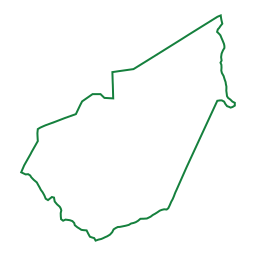 outline of Ribeira do Amparo, Bahia, Brazil
{"feature_id": "56859067B91652113509777", "entity_name": "Ribeira do Amparo", "entity_type": "district", "adm_level": 2, "iso_a3": "BRA", "parent_name": "Brazil", "parent_adm1": "Bahia", "projection": "robinson", "projection_center": [-38.374, -10.959], "detail": "fine", "context": "isolated", "style": "outline", "palette": "green", "viewbox_px": 256, "rotation_deg": 0, "n_neighbors": 0, "source": "geoboundaries", "source_scale": "gbopen_adm2", "svg_char_len": 1913}
<svg xmlns="http://www.w3.org/2000/svg" viewBox="0 0 256 256"><path d="M220.7,15.4L217.4,16.8L188.8,34.6L186.6,36.0L182.5,38.6L179.3,40.6L151.1,58.2L133.5,69.1L120.0,71.0L112.4,72.1L112.7,82.2L112.8,84.3L113.2,98.4L104.4,97.9L100.5,94.1L92.6,94.1L82.1,101.4L80.2,105.1L75.9,114.1L64.7,118.1L55.1,121.8L45.5,125.3L43.4,126.2L40.3,127.6L37.8,129.1L37.4,133.2L37.5,135.8L37.8,141.1L31.5,152.2L30.6,154.0L24.2,165.3L21.2,172.3L23.7,173.5L25.6,174.4L28.2,174.2L30.2,175.5L31.3,177.3L33.7,179.8L36.8,182.4L38.1,184.8L39.8,187.8L40.8,189.8L42.7,192.4L44.4,195.5L45.7,198.7L48.0,200.1L51.9,197.0L54.0,197.6L54.7,201.5L57.0,204.3L59.7,206.7L60.7,208.4L61.3,210.4L60.7,213.1L60.8,216.4L61.1,219.2L63.1,220.7L65.5,219.6L67.7,219.9L69.8,220.2L72.4,221.1L74.2,223.0L74.8,225.2L77.4,227.3L79.7,228.7L81.3,229.8L83.1,230.1L86.6,230.4L88.2,233.6L89.9,236.7L91.8,237.4L94.2,238.1L95.6,240.6L98.5,239.6L101.2,239.0L103.1,238.2L104.9,237.3L107.2,236.3L110.0,234.6L112.2,232.2L113.6,229.4L115.6,228.1L117.8,227.0L119.9,226.9L122.9,226.3L125.8,225.7L128.8,224.9L131.1,223.5L133.4,223.0L135.7,222.2L137.9,220.9L140.4,218.8L143.8,218.7L146.9,218.5L150.6,216.7L152.8,215.0L155.0,213.8L157.4,212.3L159.7,210.7L161.7,209.9L164.1,209.3L166.7,209.5L168.3,208.2L169.8,205.1L171.2,201.8L172.6,199.3L173.9,196.3L174.7,194.1L175.5,192.1L176.4,190.2L186.5,167.4L217.3,100.8L220.0,100.4L221.8,100.4L224.1,101.6L225.4,104.0L227.1,106.2L228.9,106.8L230.6,107.6L232.5,107.0L234.8,105.6L234.8,102.8L232.4,101.6L230.4,99.6L228.0,97.8L227.0,96.1L226.7,93.6L226.3,90.7L226.4,88.6L226.4,86.4L225.9,84.3L225.6,82.1L224.7,79.6L223.6,76.0L221.9,73.0L221.3,70.6L221.5,67.7L221.4,64.8L220.5,62.7L221.6,60.6L221.1,57.1L221.6,53.6L223.0,50.3L224.4,48.0L224.4,46.0L224.0,44.0L222.8,41.0L221.5,38.0L220.4,35.3L219.1,33.8L217.1,31.9L217.8,29.4L219.2,27.9L220.4,26.1L222.3,23.7L221.4,19.9L221.0,17.6L220.7,15.4Z" fill="none" stroke="#15803d" stroke-width="2"/></svg>